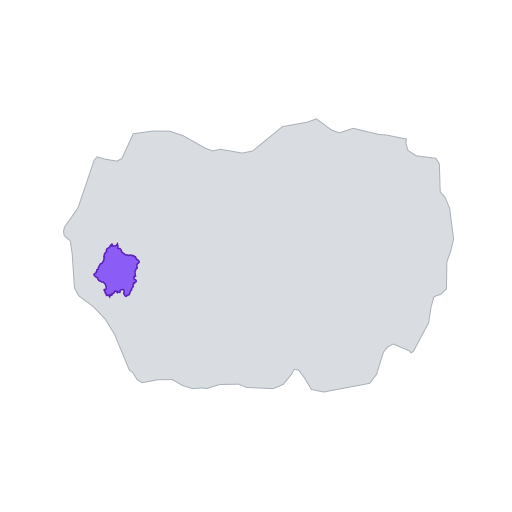 Vinitsa, Vinica, North Macedonia shown in context, rotated 195°
{"feature_id": "65306769B11231402107621", "entity_name": "Vinitsa", "entity_type": "district", "adm_level": 2, "iso_a3": "MKD", "parent_name": "North Macedonia", "parent_adm1": "Vinica", "projection": "mercator", "projection_center": [22.586, 41.86], "detail": "fine", "context": "in_parent", "style": "filled", "palette": "violet", "viewbox_px": 512, "rotation_deg": 195, "n_neighbors": 0, "source": "geoboundaries", "source_scale": "gbopen_adm2", "svg_char_len": 2583}
<svg xmlns="http://www.w3.org/2000/svg" viewBox="0 0 512 512"><g transform="rotate(195 256 256)"><path d="M231.2,126.6L239.6,127.7L257.8,122.5L269.2,115.3L275.0,114.3L282.6,111.5L293.7,111.9L304.9,115.0L319.2,110.9L333.2,104.1L338.8,105.8L344.9,111.5L348.9,113.1L372.1,143.4L384.8,155.6L399.8,164.9L417.0,171.7L423.1,178.2L434.0,210.2L439.2,222.4L446.5,226.0L448.2,229.5L448.5,234.1L440.4,256.6L437.1,306.7L435.0,310.7L426.5,310.5L415.1,311.6L410.8,315.4L406.2,342.3L388.0,350.0L371.4,354.3L357.4,353.3L332.9,347.0L324.9,346.3L318.0,349.9L296.1,351.8L286.5,356.5L263.9,387.9L241.0,398.6L233.2,404.1L215.7,397.2L207.4,396.5L195.2,404.5L168.7,405.2L161.6,406.6L141.1,407.9L140.3,403.6L136.5,397.3L127.0,394.3L107.5,396.9L102.7,392.3L94.7,365.7L88.4,361.4L81.4,352.4L69.5,323.5L69.2,310.7L70.1,299.6L63.5,273.5L67.5,266.9L73.6,262.8L73.7,252.3L72.0,236.2L79.2,204.8L81.2,202.5L83.0,204.0L100.6,206.5L105.1,202.5L108.0,196.3L108.9,173.2L113.1,162.5L155.5,142.1L168.0,141.4L177.5,150.7L185.1,156.7L189.7,156.5L191.3,150.5L196.5,138.9L205.2,132.3L231.0,126.6L231.2,126.6Z" fill="#d9dde1" stroke="#a8b0b8" stroke-width="1"/><path d="M402.0,213.8L402.0,211.7L402.6,210.7L402.6,209.3L404.3,208.1L405.3,203.8L405.0,202.5L406.2,201.4L405.8,200.3L406.2,199.7L406.1,198.6L407.8,196.4L407.2,195.3L405.3,194.3L403.6,193.9L402.4,192.3L400.8,191.3L400.2,191.6L398.0,190.9L396.7,191.2L394.0,189.5L392.0,185.8L392.7,184.7L393.8,184.5L394.0,183.8L392.1,181.9L392.1,181.3L391.4,181.3L390.2,179.2L388.2,180.0L386.7,178.6L386.6,179.6L387.1,180.5L385.2,180.7L385.0,181.4L385.6,181.8L384.0,183.0L383.3,184.1L383.5,185.4L380.8,185.9L380.9,185.0L380.4,184.6L379.9,185.3L378.0,185.7L378.3,187.8L376.8,188.9L375.6,189.2L374.4,188.5L374.0,185.3L372.2,183.7L371.2,183.3L370.5,183.9L370.5,184.5L368.5,185.7L368.0,190.5L367.4,190.9L367.7,192.4L366.6,194.7L367.5,196.3L366.7,197.7L367.3,198.2L365.8,199.1L365.1,200.4L365.3,201.1L366.2,201.9L367.5,201.8L368.7,204.0L367.9,204.3L367.8,205.3L367.2,205.4L368.9,209.3L368.3,213.1L367.6,213.5L368.7,216.2L368.7,217.5L367.8,218.6L367.2,219.9L368.1,221.1L369.5,221.9L370.5,221.8L372.3,224.1L373.2,224.0L373.7,224.5L374.4,224.2L375.0,224.6L375.5,224.3L376.5,224.7L377.8,224.0L378.6,224.2L379.6,223.4L380.6,223.8L382.0,223.2L386.6,225.1L387.9,227.0L389.3,228.0L391.4,227.5L391.9,229.8L393.0,231.9L393.5,230.4L394.7,229.0L395.5,229.1L397.7,228.2L397.8,230.1L398.4,230.1L399.6,228.0L399.6,226.8L402.0,224.1L402.1,223.0L401.4,221.5L402.3,220.5L403.0,218.5L402.7,217.8L402.9,216.3L402.2,216.1L402.4,214.7L402.0,213.8Z" fill="#8b5cf6" stroke="#5b21b6" stroke-width="1.5"/></g></svg>